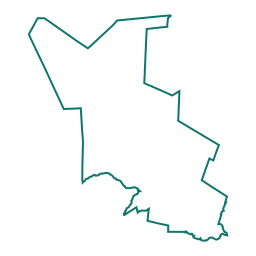 outline of San Juan de Sabinas, Coahuila, Mexico
{"feature_id": "50627088B66195361398022", "entity_name": "San Juan de Sabinas", "entity_type": "district", "adm_level": 2, "iso_a3": "MEX", "parent_name": "Mexico", "parent_adm1": "Coahuila", "projection": "equal_earth", "projection_center": [-101.349, 28.059], "detail": "fine", "context": "isolated", "style": "outline", "palette": "teal", "viewbox_px": 256, "rotation_deg": 0, "n_neighbors": 0, "source": "geoboundaries", "source_scale": "gbopen_adm2", "svg_char_len": 5149}
<svg xmlns="http://www.w3.org/2000/svg" viewBox="0 0 256 256"><path d="M167.3,26.8L167.3,24.1L167.6,22.0L168.0,18.1L170.7,15.9L170.5,15.5L170.1,15.4L159.7,16.3L148.9,17.4L117.0,20.5L113.5,24.7L104.1,33.4L90.7,45.9L87.8,48.3L77.4,41.4L49.6,21.8L44.5,18.3L37.7,18.2L28.9,34.2L30.3,37.6L39.3,56.6L44.9,68.3L49.2,77.6L54.8,89.8L63.8,109.0L80.8,108.3L82.0,128.6L83.0,141.4L82.5,161.4L82.4,164.8L82.3,180.6L82.8,182.3L82.8,182.5L82.9,182.4L83.0,182.3L83.0,182.2L83.3,182.0L83.3,181.9L84.4,181.2L84.8,180.9L84.9,180.6L85.1,180.4L85.2,180.1L85.3,179.9L85.5,179.7L85.7,179.4L85.9,179.2L86.0,179.1L86.3,178.9L86.6,178.8L86.9,178.7L87.0,178.8L87.3,178.8L87.5,178.8L87.8,178.7L88.0,178.5L88.1,178.4L88.1,178.2L88.9,177.6L89.0,177.6L89.3,177.5L89.6,177.3L89.7,177.2L89.8,177.1L90.0,176.9L90.4,176.8L90.5,176.8L90.8,176.8L90.9,176.7L91.0,176.7L91.3,176.7L91.9,176.2L92.2,176.0L92.7,175.7L93.7,175.1L94.3,174.9L94.7,174.8L94.9,175.0L95.1,175.4L95.4,175.6L97.0,175.5L97.5,175.4L98.5,175.2L99.1,174.9L99.3,174.2L99.6,174.1L100.7,173.7L101.3,173.5L101.9,173.4L102.3,173.5L102.6,173.7L103.0,173.7L103.3,173.6L104.3,173.3L104.6,173.2L104.9,173.1L105.1,173.1L105.3,173.0L105.5,173.0L105.8,172.9L106.1,172.9L106.4,172.9L106.8,172.9L107.0,173.0L107.3,173.0L107.6,173.1L107.8,173.2L107.9,173.3L108.0,173.3L108.4,173.4L108.6,173.4L109.1,173.5L109.4,173.5L109.5,173.6L110.0,174.4L110.1,174.5L110.3,174.5L110.5,174.6L110.8,174.7L110.9,174.8L111.2,174.9L111.4,175.1L111.7,175.3L111.9,175.4L112.6,175.9L112.8,176.2L112.9,176.4L113.0,176.5L113.1,176.8L113.3,177.1L113.5,177.3L113.8,177.5L114.3,178.1L114.5,178.3L114.9,178.5L115.0,178.5L115.8,178.6L116.0,178.7L116.1,178.8L116.1,179.3L116.3,179.5L116.6,179.6L116.8,179.7L117.0,179.8L117.3,179.9L117.6,179.9L117.7,180.0L117.9,180.1L118.1,180.1L118.3,180.1L118.6,180.2L118.8,180.2L119.0,180.3L119.9,180.7L120.9,181.4L121.2,182.1L121.4,182.5L122.0,183.2L122.1,183.5L122.5,183.8L123.1,184.9L123.2,185.0L123.3,185.2L123.5,185.3L123.6,185.5L123.9,185.7L124.4,185.9L124.4,186.3L125.0,186.6L126.0,188.1L129.6,188.2L134.8,187.2L137.2,188.4L139.8,191.1L138.1,191.0L138.3,191.5L138.4,191.8L138.2,192.5L137.9,193.4L137.6,193.7L137.2,194.0L136.9,194.0L136.3,194.5L135.7,194.7L135.3,194.7L134.5,195.4L133.7,195.9L133.3,196.2L133.0,197.6L132.5,198.3L132.4,199.0L132.3,199.7L131.8,200.3L131.7,200.2L131.3,200.8L131.5,201.7L131.6,202.5L131.4,203.3L131.4,203.5L131.1,203.7L130.8,203.8L130.7,204.2L130.6,204.3L130.4,205.0L129.5,205.6L129.0,206.9L127.4,208.0L126.7,208.2L126.7,208.5L126.2,209.3L126.1,210.1L125.9,210.5L125.4,210.8L125.2,211.3L125.2,212.0L124.8,212.5L124.6,212.8L124.3,213.2L124.0,213.5L124.0,213.8L124.0,214.1L124.1,214.7L124.2,215.0L124.3,215.0L127.0,213.3L127.2,213.1L136.4,207.3L137.7,212.6L138.4,211.9L138.4,212.0L138.6,211.9L139.5,211.2L139.9,211.3L140.9,210.8L142.3,210.5L143.6,210.6L146.2,210.7L148.1,209.3L148.4,208.9L148.8,208.7L147.5,220.8L158.6,223.5L168.3,225.5L168.1,231.8L170.8,231.8L171.9,231.8L173.9,231.8L174.1,231.8L178.2,231.9L178.6,231.9L180.7,231.9L182.0,231.9L183.7,231.9L184.8,231.9L184.8,232.3L185.3,232.3L185.3,231.9L185.3,231.6L186.1,231.4L186.6,231.6L186.8,232.6L189.8,234.0L190.5,234.3L190.8,233.8L192.1,233.8L192.5,234.3L192.6,235.2L193.1,236.1L193.9,235.9L193.4,236.9L193.4,237.2L195.1,238.3L195.4,238.3L198.5,239.2L199.0,239.4L200.2,238.5L200.7,239.5L200.8,239.6L200.9,239.2L201.1,239.6L201.7,240.3L202.2,240.5L202.8,240.6L203.8,240.6L204.9,240.5L205.6,240.3L205.9,240.4L205.9,240.6L206.2,240.6L206.4,240.4L206.8,240.2L208.0,239.4L208.8,238.4L209.1,238.2L210.1,237.7L210.5,237.7L212.3,237.6L213.5,238.2L213.6,238.3L213.9,238.5L214.1,238.6L214.3,238.8L214.8,239.0L215.2,239.2L215.5,239.3L215.9,239.5L216.2,239.5L216.4,239.6L216.8,239.5L217.5,239.2L217.9,239.1L218.1,239.0L218.3,238.9L219.4,238.1L219.5,238.0L219.6,237.9L219.7,237.7L219.8,237.5L219.9,237.3L220.0,237.2L220.2,236.7L220.2,236.1L220.4,235.8L220.6,235.2L221.3,234.3L221.8,234.0L222.2,233.8L222.6,233.8L223.0,234.0L223.6,234.3L224.7,234.8L226.7,235.3L227.1,235.4L226.9,234.6L226.9,233.9L226.6,233.4L226.4,232.7L226.0,232.4L225.7,232.3L225.2,232.2L224.9,232.1L224.6,232.0L224.3,231.7L224.1,231.2L223.9,230.8L223.8,230.6L223.7,230.3L223.6,230.1L223.5,229.9L223.4,229.8L223.3,229.7L223.2,229.5L223.2,229.3L223.2,229.2L222.7,228.0L222.6,227.7L222.7,227.4L222.7,227.2L222.8,227.1L222.8,226.9L222.7,226.7L222.5,226.4L222.4,226.2L222.3,225.9L222.3,225.7L222.0,225.4L221.4,224.6L221.2,224.4L220.9,224.2L220.7,224.2L220.4,224.1L220.0,224.1L218.4,224.1L221.1,215.3L221.1,215.2L221.0,214.9L220.8,214.5L221.1,214.3L221.3,214.2L221.3,213.8L221.4,212.9L221.6,212.8L221.5,212.6L221.9,211.6L222.0,211.5L223.8,210.8L223.4,209.6L223.2,209.0L223.2,208.8L223.5,207.7L225.1,204.3L224.9,204.4L224.8,204.2L225.8,202.5L225.2,202.5L226.1,199.4L227.0,196.6L221.8,193.2L211.5,186.7L208.7,184.8L205.8,182.9L201.8,180.2L209.4,158.5L211.3,159.5L213.3,160.4L216.5,151.4L218.9,145.0L217.3,144.1L205.3,137.0L195.6,131.2L178.1,120.7L178.4,116.6L179.3,94.2L179.4,91.1L179.0,91.3L172.2,95.5L161.0,90.4L160.6,90.2L160.0,90.0L144.3,83.2L144.8,72.0L144.8,70.3L145.0,66.9L145.4,57.1L146.2,40.0L146.7,29.0L157.0,27.8L167.3,26.8Z" fill="none" stroke="#0f766e" stroke-width="2"/></svg>